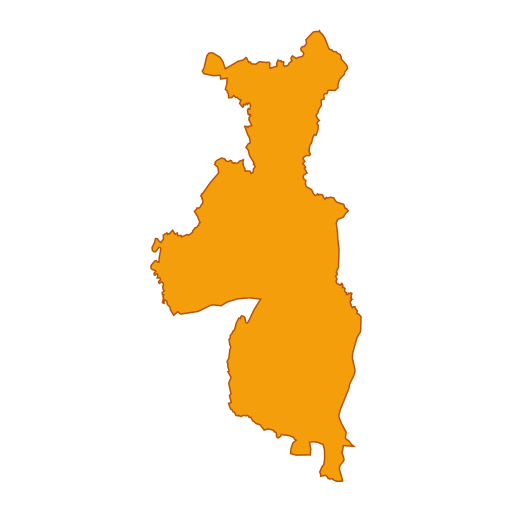 outline of Phan Thong, Chon Buri, Thailand
{"feature_id": "78962969B10956756267411", "entity_name": "Phan Thong", "entity_type": "district", "adm_level": 2, "iso_a3": "THA", "parent_name": "Thailand", "parent_adm1": "Chon Buri", "projection": "equal_earth", "projection_center": [101.08, 13.465], "detail": "fine", "context": "isolated", "style": "filled", "palette": "amber", "viewbox_px": 512, "rotation_deg": 0, "n_neighbors": 0, "source": "geoboundaries", "source_scale": "gbopen_adm2", "svg_char_len": 6031}
<svg xmlns="http://www.w3.org/2000/svg" viewBox="0 0 512 512"><path d="M353.7,446.3L351.2,444.3L348.8,440.9L346.2,439.2L345.4,437.9L346.2,432.2L341.5,423.6L339.0,417.2L338.8,415.5L340.3,409.6L348.8,388.7L349.9,383.3L353.3,376.8L354.9,372.4L354.9,369.4L352.4,358.2L352.7,352.9L357.0,337.7L360.3,332.0L360.7,330.0L361.0,316.7L358.7,314.1L356.9,313.4L357.3,310.8L355.1,308.1L355.0,306.7L353.3,306.9L352.4,307.7L350.6,304.8L351.1,304.2L350.4,303.1L350.2,301.0L351.2,300.8L351.3,299.6L352.1,299.2L350.4,298.0L351.4,297.0L351.1,295.8L351.9,293.9L351.7,293.2L350.8,292.9L349.8,293.7L348.8,293.1L347.9,294.6L346.4,294.6L346.7,292.7L345.2,292.2L344.6,290.9L345.0,288.4L343.8,287.5L342.5,287.6L342.9,285.3L341.9,283.4L341.4,283.3L340.8,285.1L340.1,285.1L336.8,283.3L335.9,281.4L337.0,279.3L335.5,275.8L337.4,274.5L337.1,273.1L336.3,272.6L336.4,271.9L338.5,267.1L339.0,249.0L337.8,239.4L337.5,232.2L336.2,222.9L337.8,219.4L343.6,217.0L345.2,213.8L348.3,210.8L346.5,208.6L345.1,208.2L343.7,204.3L337.3,202.4L335.6,200.9L333.7,197.9L330.6,197.2L327.2,198.1L326.3,197.4L325.1,199.3L323.3,196.9L322.6,194.8L319.5,194.4L318.6,195.1L317.7,193.8L316.0,195.3L314.9,195.4L312.8,192.9L312.6,191.3L311.4,189.6L306.2,186.6L305.4,183.8L305.8,180.4L304.2,179.7L303.1,176.8L304.1,174.6L307.1,173.0L304.3,168.2L305.5,167.6L305.5,166.8L302.6,163.5L304.8,161.4L302.9,158.4L303.6,157.4L306.2,155.6L309.2,155.6L310.5,154.3L309.0,151.5L309.7,145.7L311.6,142.7L312.7,137.8L314.3,134.7L316.1,135.2L317.8,130.4L318.4,125.4L316.8,123.7L317.9,121.4L319.3,120.5L317.2,118.3L316.1,115.1L317.6,113.3L318.9,109.3L321.4,105.3L321.1,100.0L324.0,99.1L324.3,97.8L323.6,96.8L323.7,95.1L324.7,93.7L327.0,93.7L328.2,90.2L335.1,90.4L338.0,87.7L338.0,84.2L339.2,80.6L340.1,78.8L344.4,74.2L344.7,72.2L347.6,68.4L347.2,66.5L345.7,64.0L341.2,59.1L341.2,57.1L340.1,54.5L337.5,53.4L336.1,51.6L333.4,51.6L332.0,50.1L329.9,49.5L328.8,48.4L325.1,38.7L322.7,34.6L320.2,32.5L319.5,30.7L318.0,31.8L316.4,31.4L313.1,32.1L305.9,39.8L306.6,43.3L304.3,46.5L302.4,46.5L300.8,48.4L301.2,50.7L302.9,52.0L303.8,53.7L302.6,56.3L297.9,57.5L296.4,58.5L292.3,55.9L291.0,58.1L291.2,59.4L292.1,60.6L289.3,62.9L287.9,65.4L284.8,66.4L283.5,65.3L283.8,62.2L283.5,61.7L281.4,62.0L281.0,60.7L279.1,60.8L278.1,60.0L276.7,63.2L276.9,66.1L270.1,68.3L269.5,65.7L270.0,63.6L269.0,62.2L266.1,62.5L260.0,61.7L258.4,62.2L255.9,64.2L251.7,63.9L249.9,61.9L248.8,62.4L246.5,57.8L246.0,57.6L243.2,60.0L238.3,61.2L225.3,68.8L223.0,61.9L220.1,57.3L212.9,53.0L210.8,52.8L208.6,53.4L206.9,55.8L204.0,68.1L202.3,71.1L203.9,73.7L213.4,75.7L220.3,75.3L220.7,79.0L227.1,78.2L226.8,84.0L225.3,89.4L227.3,90.9L227.2,92.1L228.4,93.7L228.7,97.7L231.7,97.6L233.8,95.5L235.7,97.5L237.2,97.4L239.3,99.6L241.0,99.9L239.6,103.5L242.6,107.2L243.5,106.7L243.4,104.7L244.1,104.2L245.0,105.0L246.7,103.2L247.2,104.6L249.1,103.0L250.5,104.7L250.5,106.8L249.6,109.3L248.3,108.5L247.5,110.4L248.1,114.1L248.8,114.1L249.0,115.0L250.6,114.6L250.4,116.1L249.0,117.6L249.3,118.8L248.8,119.6L251.8,125.6L248.7,126.4L248.1,127.4L247.1,126.4L244.7,126.4L247.8,134.7L249.4,137.6L250.4,142.7L248.2,143.9L246.0,147.5L248.3,150.1L249.5,155.4L254.0,163.1L253.4,164.5L254.3,164.6L255.2,166.5L253.5,169.0L253.1,172.2L251.2,173.5L250.0,171.2L244.9,170.9L244.9,168.8L243.7,166.9L242.9,162.9L243.5,159.8L239.2,161.3L238.6,162.5L236.5,163.5L234.7,162.7L233.4,163.3L232.0,162.3L231.6,160.9L230.4,160.3L229.0,161.3L227.4,161.4L225.5,160.5L225.0,159.0L221.5,158.0L217.4,160.1L215.1,162.1L215.6,163.2L214.5,164.3L217.8,167.3L218.7,172.9L210.2,182.8L202.9,193.2L201.4,194.2L201.5,195.4L200.8,196.0L202.2,197.9L201.8,198.5L202.9,200.4L202.9,202.5L199.6,207.8L196.9,208.1L196.8,209.1L194.4,211.3L197.6,216.6L200.1,222.7L199.1,223.1L198.8,224.7L196.8,227.3L195.2,227.8L192.6,231.1L192.8,231.9L190.1,234.4L187.9,235.3L186.9,234.6L181.5,237.0L181.1,235.4L177.9,235.7L177.2,233.0L175.0,234.2L172.7,230.2L169.0,234.2L168.0,233.6L167.6,234.3L166.8,232.9L163.3,235.1L163.4,239.1L161.2,242.5L159.3,241.5L157.3,238.7L155.5,238.5L154.4,242.9L152.0,247.6L152.4,250.4L153.8,251.8L155.6,251.8L159.0,247.2L160.6,247.9L160.8,249.4L159.4,256.5L158.9,262.1L157.4,261.9L156.2,260.6L154.8,260.9L151.1,265.4L151.0,268.1L152.0,269.4L155.4,270.5L155.9,271.1L154.0,273.3L154.3,275.0L155.1,275.2L156.9,273.6L157.6,274.2L157.8,276.4L157.1,277.9L159.9,277.8L160.5,279.8L158.7,281.4L158.6,282.7L159.5,283.4L161.1,282.0L162.1,282.0L163.4,283.7L163.3,285.9L162.6,286.7L163.1,289.3L164.4,290.7L162.2,292.6L162.4,294.7L163.7,294.8L163.0,296.5L163.4,298.3L162.5,302.7L164.1,303.3L164.1,300.7L164.8,299.9L166.7,301.2L167.4,304.6L169.8,306.9L170.6,310.1L173.7,315.3L177.7,311.7L180.6,314.1L198.2,311.4L210.3,305.4L213.1,304.9L221.1,305.7L227.5,301.9L237.2,298.9L249.6,297.8L260.6,299.1L254.1,309.7L248.2,322.0L247.2,323.0L245.8,322.7L244.8,317.4L243.7,316.4L241.7,315.8L241.1,316.3L240.4,318.5L238.9,318.0L236.3,323.0L234.5,329.9L233.0,331.1L232.1,333.2L230.2,335.6L230.3,338.2L229.0,339.4L229.8,344.6L230.8,346.9L229.7,350.4L228.9,358.1L227.0,361.6L227.8,363.9L227.8,366.5L229.0,370.5L228.8,371.4L227.9,371.7L230.9,377.0L230.6,378.7L228.7,383.0L231.0,394.0L229.5,395.3L229.5,396.0L231.3,402.6L228.5,403.4L230.6,409.0L232.2,410.0L233.3,412.0L234.5,412.3L235.9,415.4L238.1,415.9L238.4,415.4L240.5,416.4L243.8,415.4L246.1,415.9L247.0,415.2L248.5,416.1L249.2,417.5L251.1,417.3L252.6,420.9L253.8,421.3L256.2,423.6L260.0,424.7L264.1,430.1L268.1,428.9L273.6,430.3L274.2,431.8L275.4,432.0L276.3,432.9L276.6,436.7L278.0,438.0L280.5,436.4L281.4,434.5L289.7,435.7L293.7,437.5L294.4,438.9L296.2,440.2L292.8,443.1L290.9,449.1L290.6,453.6L291.0,453.7L296.1,455.1L310.3,454.9L310.8,448.7L309.4,442.2L313.4,441.7L317.8,442.3L323.0,444.4L324.5,449.6L324.6,458.9L323.8,464.6L322.0,466.7L319.7,472.1L320.6,473.9L320.7,476.2L325.5,475.3L327.4,477.0L328.0,478.3L329.1,478.4L329.4,479.1L331.7,478.6L335.0,480.7L337.3,481.3L342.5,481.2L342.7,480.7L339.4,469.3L339.5,467.1L340.4,464.9L343.8,460.7L344.0,459.7L343.5,456.9L341.8,452.2L342.6,450.4L343.3,445.6L353.7,446.3Z" fill="#f59e0b" stroke="#b45309" stroke-width="1.5"/></svg>